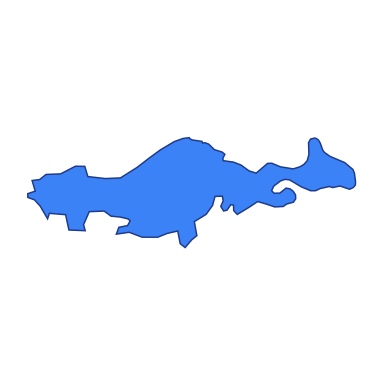 Yangikurgan, Namangan, Uzbekistan (Equal Earth projection), rotated 83°
{"feature_id": "79887680B90500403808249", "entity_name": "Yangikurgan", "entity_type": "district", "adm_level": 2, "iso_a3": "UZB", "parent_name": "Uzbekistan", "parent_adm1": "Namangan", "projection": "equal_earth", "projection_center": [71.694, 41.294], "detail": "fine", "context": "isolated", "style": "filled", "palette": "blue", "viewbox_px": 384, "rotation_deg": 83, "n_neighbors": 0, "source": "geoboundaries", "source_scale": "gbopen_adm2", "svg_char_len": 1609}
<svg xmlns="http://www.w3.org/2000/svg" viewBox="0 0 384 384"><g transform="rotate(83 192 192)"><path d="M187.7,344.3L201.0,338.6L195.8,336.2L199.1,320.2L214.7,318.8L217.4,302.7L211.2,303.6L199.0,296.4L200.2,281.6L206.1,275.3L208.2,266.0L210.9,258.8L213.0,256.9L217.5,260.0L218.1,268.9L224.6,272.2L224.3,259.3L230.8,246.9L232.7,231.5L230.1,221.8L229.0,210.9L241.9,210.0L246.3,205.6L239.5,198.2L235.9,192.5L221.7,193.3L215.9,180.7L207.8,173.2L199.2,169.7L199.8,162.4L204.6,162.1L209.8,165.2L214.7,162.9L214.3,159.5L209.3,155.0L210.1,152.4L215.5,152.9L219.8,149.8L214.1,137.2L209.5,128.0L212.8,120.2L216.9,111.7L217.5,103.2L215.5,99.6L214.5,92.6L211.4,89.9L207.4,89.6L203.6,91.5L200.9,94.2L199.6,98.2L203.8,104.9L203.2,110.7L200.4,112.8L196.1,110.1L191.8,102.8L190.8,98.1L191.8,93.8L200.4,82.6L205.2,74.1L205.8,69.3L204.2,64.3L203.3,55.0L204.7,51.9L204.1,44.4L208.5,35.2L207.1,31.2L204.9,29.0L201.6,28.4L193.1,28.5L189.3,29.5L181.4,36.9L173.5,50.6L168.9,55.7L166.1,57.2L158.9,58.8L155.9,60.1L154.2,61.9L153.4,63.6L153.9,67.9L157.2,70.3L169.0,71.4L174.9,73.8L178.1,77.3L180.1,81.7L181.4,88.7L177.8,101.1L173.2,109.3L172.8,113.5L181.1,126.0L178.0,132.8L171.2,140.1L167.4,147.2L164.7,157.2L162.4,157.3L158.6,154.8L156.0,157.3L152.7,164.6L146.5,169.6L144.7,173.0L144.7,175.6L143.0,175.9L140.3,185.6L138.8,187.6L137.7,188.2L137.8,194.5L139.8,203.4L146.2,218.0L152.9,230.0L161.0,243.7L169.3,261.3L168.1,276.4L164.0,293.5L153.5,295.3L152.2,304.5L158.0,320.2L156.8,334.8L161.1,341.7L161.1,349.3L172.1,347.5L173.6,355.2L177.4,355.6L180.6,349.3L187.7,344.3Z" fill="#3b82f6" stroke="#1e3a8a" stroke-width="1.5"/></g></svg>